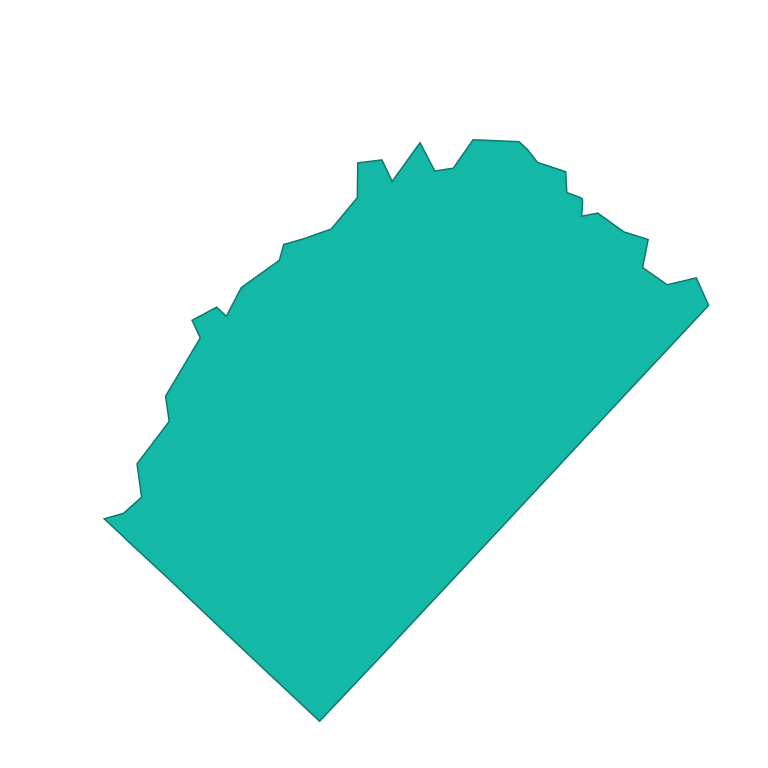 outline of Greene, Pennsylvania, United States of America, rotated 313°
{"feature_id": "52423323B31233062263618", "entity_name": "Greene", "entity_type": "district", "adm_level": 2, "iso_a3": "USA", "parent_name": "United States of America", "parent_adm1": "Pennsylvania", "projection": "albers", "projection_center": [-80.18, 39.871], "detail": "fine", "context": "isolated", "style": "filled", "palette": "teal", "viewbox_px": 768, "rotation_deg": 313, "n_neighbors": 0, "source": "geoboundaries", "source_scale": "gbopen_adm2", "svg_char_len": 809}
<svg xmlns="http://www.w3.org/2000/svg" viewBox="0 0 768 768"><g transform="rotate(313 384 384)"><path d="M93.4,566.9L185.9,567.5L291.5,567.6L292.3,567.6L355.9,567.7L512.1,567.6L662.9,567.8L674.6,540.0L649.7,523.4L645.5,493.7L669.8,478.7L658.8,455.6L654.8,423.8L641.5,414.1L649.6,407.6L652.2,405.3L654.5,403.1L654.6,401.5L648.7,387.1L663.2,372.1L650.7,345.1L653.3,329.8L653.3,317.5L623.4,282.6L589.1,287.5L574.4,275.9L585.0,245.8L537.7,251.8L546.5,229.7L527.8,214.0L502.1,237.4L461.3,239.7L435.1,226.0L417.6,215.5L403.2,223.1L357.2,213.9L326.0,222.5L326.1,209.2L299.7,200.2L292.4,218.2L226.2,232.5L210.1,252.4L157.2,257.8L135.9,283.9L111.8,281.7L94.6,271.3L94.6,274.8L94.6,278.1L94.6,299.6L94.4,302.3L94.6,358.8L93.7,462.9L93.6,494.7L93.4,566.9Z" fill="#14b8a6" stroke="#0f766e" stroke-width="1.5"/></g></svg>